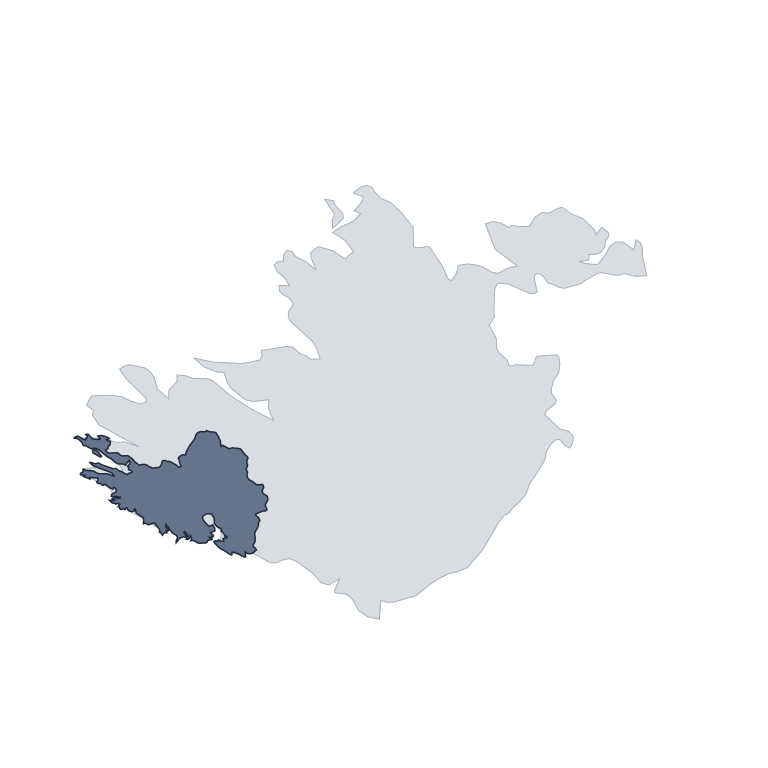 Cork highlighted on a map of Ireland, rotated 47°
{"feature_id": "IRL-78", "entity_name": "Cork", "entity_type": "County", "adm_level": 1, "iso_a3": "IRL", "parent_name": "Ireland", "parent_adm1": "", "projection": "albers", "projection_center": [-9.037, 51.912], "detail": "fine", "context": "in_parent", "style": "filled", "palette": "slate", "viewbox_px": 768, "rotation_deg": 47, "n_neighbors": 0, "source": "natural_earth", "source_scale": "10m", "svg_char_len": 9834}
<svg xmlns="http://www.w3.org/2000/svg" viewBox="0 0 768 768"><g transform="rotate(47 384 384)"><path d="M463.6,139.5L450.7,149.1L448.7,152.7L445.3,166.9L445.0,171.0L437.0,186.9L432.4,190.2L425.5,192.9L421.6,195.5L416.6,194.3L410.2,194.6L407.1,197.5L407.3,199.6L409.2,202.1L421.1,209.2L420.5,212.2L417.2,215.7L396.3,224.5L390.1,229.7L388.0,233.1L390.3,238.7L407.4,255.5L410.3,257.3L412.9,267.1L427.9,271.0L434.1,277.1L439.4,278.5L450.8,277.7L455.5,279.9L458.1,278.1L459.5,274.8L472.0,262.4L467.8,253.5L480.3,237.8L483.8,237.9L490.0,242.4L495.1,248.8L497.0,257.5L501.9,265.2L505.0,267.8L513.3,269.1L515.3,272.1L514.2,283.5L515.6,287.2L536.5,286.2L544.7,281.0L552.0,281.6L555.8,286.5L557.6,291.7L551.4,293.9L544.9,293.1L541.8,296.7L541.8,303.3L544.4,311.7L549.0,317.6L553.0,331.1L556.5,346.2L561.4,355.1L562.8,366.4L562.4,372.0L563.6,382.0L561.8,385.6L563.6,395.0L572.6,425.0L575.1,448.6L571.7,457.7L566.8,466.3L563.8,476.4L561.7,487.3L560.7,504.8L550.2,525.6L545.6,530.8L540.2,534.1L552.9,547.9L543.1,554.7L532.3,557.0L520.1,553.9L512.6,554.5L503.3,562.2L501.1,561.0L496.2,549.4L493.2,561.6L486.4,565.6L474.4,565.1L454.6,568.8L447.0,572.4L443.9,577.8L441.6,584.1L438.6,587.8L435.1,589.8L419.7,594.7L416.7,596.6L409.7,606.7L400.4,612.7L392.6,614.5L385.6,608.8L382.8,605.3L379.5,603.5L368.9,603.9L372.3,605.7L374.5,609.8L375.6,617.7L374.5,625.5L369.3,629.4L363.0,630.2L353.2,638.3L340.1,640.6L333.0,648.0L289.6,660.5L287.1,660.7L281.1,657.5L274.6,656.0L268.1,657.0L249.9,663.8L241.1,662.3L252.5,645.1L267.6,636.4L269.2,634.0L264.3,632.8L235.6,638.6L225.6,643.7L215.6,645.1L220.3,637.2L233.3,626.5L244.4,619.5L249.3,613.2L262.8,606.0L219.3,620.5L207.9,618.5L205.3,614.3L196.4,616.1L193.2,605.9L206.6,590.9L214.3,584.4L223.4,581.0L232.2,576.0L235.5,569.8L231.4,567.8L205.3,569.0L192.9,567.4L193.6,562.5L196.0,557.1L209.1,548.0L216.1,546.6L222.3,547.5L233.2,553.2L247.9,551.6L241.8,545.5L240.9,533.4L236.3,529.3L242.3,523.7L249.2,520.3L260.6,508.8L264.7,507.1L287.1,504.4L311.2,498.3L335.1,489.8L322.9,485.1L317.0,478.9L307.6,491.5L300.8,496.3L281.6,498.8L275.5,497.3L267.0,493.4L264.3,494.8L261.8,497.8L249.0,503.9L235.6,505.2L251.3,494.1L271.1,475.0L275.5,469.0L281.8,458.4L279.9,453.7L275.9,451.0L290.2,429.4L295.1,425.5L304.2,424.8L310.8,421.4L313.8,421.4L316.4,420.1L322.2,413.6L313.2,409.5L304.0,407.3L275.4,409.5L271.6,409.0L268.1,406.9L265.8,404.0L264.2,396.7L262.1,395.0L255.6,394.9L249.3,397.1L244.8,396.9L240.5,393.6L247.5,386.1L238.6,384.2L229.6,385.6L222.1,383.2L221.9,378.5L225.4,373.8L221.0,369.3L220.1,363.6L224.9,360.9L230.1,361.9L240.7,357.8L254.3,355.9L242.7,351.6L238.1,348.1L238.0,342.6L239.0,338.0L252.4,330.3L266.7,327.0L265.7,321.8L266.7,316.2L252.4,314.5L238.1,318.3L239.8,307.6L243.3,298.0L244.0,291.7L243.4,284.9L236.8,287.7L236.1,278.1L233.4,271.5L223.5,275.9L223.9,267.2L226.8,261.2L231.9,258.6L237.0,259.8L246.4,259.8L255.5,255.4L268.6,254.3L289.4,255.9L303.7,268.8L307.4,266.5L313.2,258.3L315.8,257.4L337.4,260.9L350.9,265.5L354.5,264.1L352.5,255.1L347.8,248.8L353.6,240.6L360.5,235.0L365.2,232.2L376.0,228.7L380.7,225.4L383.7,214.9L388.6,206.0L361.6,210.9L335.8,200.6L339.8,193.3L345.2,189.1L354.6,185.8L355.4,182.0L360.1,178.8L367.8,170.4L364.9,159.5L366.4,151.5L371.9,146.2L373.6,138.7L376.0,133.2L387.3,131.1L398.1,125.9L414.9,124.9L419.3,126.9L418.1,117.9L426.0,116.6L429.1,118.3L430.6,124.7L434.2,128.7L435.5,135.8L433.2,141.3L429.2,145.6L433.0,149.8L427.4,157.8L433.6,154.3L442.2,146.5L441.6,140.3L439.9,132.4L437.4,125.4L438.3,117.6L443.1,112.6L456.0,109.8L450.5,101.1L455.2,100.2L460.3,101.9L468.0,108.6L484.2,117.9L476.7,126.7L467.2,132.9L463.6,139.5ZM235.3,311.1L234.9,315.2L228.6,309.9L225.7,304.2L208.4,301.4L215.7,295.8L219.2,297.6L231.4,298.0L234.8,300.4L235.3,311.1Z" fill="#d9dde1" stroke="#a8b0b8" stroke-width="1"/><path d="M418.4,590.5L418.3,590.8L418.3,594.2L418.1,595.5L416.9,597.4L415.7,598.9L414.2,599.9L412.3,600.1L415.0,602.5L416.1,602.9L415.1,604.3L413.1,605.2L409.4,606.1L404.8,608.3L403.5,610.0L405.2,612.0L403.7,612.9L397.0,614.4L393.6,615.8L388.0,616.4L383.6,616.2L383.2,615.7L383.4,614.7L384.0,613.9L384.8,613.4L385.6,613.1L385.0,611.3L386.3,611.0L387.5,610.5L388.7,609.6L389.8,608.3L388.2,607.3L387.4,607.3L388.0,605.4L388.5,604.8L389.2,604.3L388.7,603.1L388.1,602.7L387.4,603.2L386.7,604.3L385.5,603.5L383.7,603.2L380.0,603.3L380.0,602.4L379.3,601.7L377.7,602.1L376.1,602.9L374.4,603.4L370.8,603.2L366.0,599.7L361.3,598.9L358.0,602.1L357.0,607.0L360.0,609.0L364.4,609.2L368.5,609.2L370.1,605.6L373.9,606.1L376.1,607.8L374.5,612.4L377.9,612.0L378.9,612.3L378.9,613.2L378.3,613.2L378.3,614.3L379.5,615.2L378.2,615.5L377.1,616.3L380.2,616.3L378.4,619.2L378.5,620.0L378.9,620.7L379.1,621.5L378.7,622.7L375.8,626.0L374.8,627.6L372.4,628.9L369.1,629.8L368.0,630.6L366.8,632.3L366.2,630.6L365.0,629.4L363.5,628.9L362.5,629.2L363.8,630.3L364.2,631.9L363.8,633.5L362.5,634.4L361.8,631.4L359.9,630.4L355.8,630.4L355.8,631.3L356.7,631.8L358.5,632.0L359.5,632.3L360.3,631.4L360.8,631.2L361.3,632.3L361.1,633.1L360.5,633.8L359.2,634.4L357.8,637.8L357.6,638.7L357.7,640.3L358.1,642.5L358.3,644.2L357.1,643.1L355.8,640.2L354.6,639.2L353.1,639.1L348.7,640.4L338.0,639.3L339.3,640.7L340.8,641.3L344.1,641.3L344.1,642.4L342.9,643.4L344.7,644.2L343.8,645.1L343.2,646.2L343.1,647.5L343.5,649.2L340.1,648.7L339.4,649.4L337.3,647.2L334.0,647.3L331.8,646.6L331.2,647.3L329.4,646.4L328.1,648.1L327.2,650.6L326.3,652.3L322.6,653.7L322.3,655.2L321.5,654.9L320.7,653.8L320.5,653.2L318.1,651.6L317.0,651.2L316.0,651.3L314.7,652.1L309.7,653.2L308.5,652.8L306.5,651.5L305.4,651.2L305.4,652.3L306.6,653.2L305.8,654.9L304.7,656.1L303.4,656.9L302.0,657.1L299.7,656.5L298.9,656.8L299.2,658.2L299.2,659.1L297.9,659.2L297.3,660.1L296.8,661.3L296.1,662.2L295.1,662.3L293.5,661.6L292.4,662.1L292.4,661.2L291.8,659.1L289.3,660.7L289.1,661.9L288.6,662.1L287.9,662.1L286.1,663.6L284.8,664.0L281.9,664.1L283.8,662.6L284.5,661.6L285.1,660.1L283.8,661.1L282.7,661.5L282.3,661.0L283.2,659.1L284.1,657.8L286.4,656.3L287.5,655.2L286.8,654.1L286.1,654.9L283.2,656.6L282.8,657.5L282.0,658.5L280.1,660.1L279.0,658.6L279.1,657.3L279.8,655.7L280.1,653.6L279.5,652.7L278.1,651.9L276.4,651.6L275.2,652.2L276.0,653.9L273.4,655.1L267.0,656.5L266.7,657.1L266.5,658.5L266.2,659.0L264.0,658.9L262.3,660.6L261.2,661.0L259.7,661.0L259.6,659.5L258.5,657.9L257.3,657.2L256.6,658.4L251.7,662.9L252.5,663.7L252.9,663.9L246.7,666.8L247.0,665.2L246.2,665.5L243.6,667.8L243.0,666.7L242.4,667.8L242.5,666.0L243.0,664.7L243.0,663.8L242.2,663.5L241.9,663.2L241.2,661.8L243.2,661.2L244.8,660.0L248.1,656.8L249.7,655.7L252.9,654.9L254.8,653.9L256.4,652.6L260.4,648.2L262.1,646.8L265.4,645.4L267.2,644.2L263.1,643.7L245.7,652.4L240.1,652.8L245.6,649.4L247.1,646.7L250.6,645.5L261.7,639.6L262.9,637.7L265.9,637.3L269.2,635.6L272.5,634.8L275.1,633.6L275.3,631.3L276.2,629.7L276.6,629.3L276.6,628.4L275.3,627.8L273.9,628.6L272.4,629.2L270.3,627.5L269.5,627.6L269.2,627.4L269.1,626.8L269.3,625.0L269.2,624.4L267.9,623.2L266.1,622.4L266.5,624.2L266.4,625.6L266.4,626.8L267.4,628.4L265.5,628.8L264.3,629.7L261.8,632.3L260.1,633.4L258.2,634.0L252.3,634.5L249.2,635.8L237.9,637.3L234.1,639.0L232.8,640.0L232.6,640.4L232.5,641.4L232.2,641.9L231.7,642.3L226.1,644.1L223.9,645.8L222.8,645.6L221.1,644.8L220.2,644.7L216.0,645.1L214.0,646.0L212.4,647.6L211.8,646.5L212.5,646.0L212.8,644.3L213.1,643.6L213.6,643.2L219.8,641.5L221.2,640.7L221.2,640.1L220.6,639.8L220.9,638.0L220.2,637.0L218.9,636.5L217.5,636.6L218.7,634.8L220.7,634.5L224.3,634.8L226.3,634.0L230.5,630.0L230.5,628.9L226.9,628.9L228.4,626.3L231.3,624.1L234.4,622.6L236.7,622.1L236.0,624.2L235.5,625.0L237.1,624.7L238.6,624.0L239.2,623.1L241.0,625.0L241.5,625.8L241.7,626.8L241.6,628.3L241.8,628.8L242.6,629.3L242.9,629.6L243.0,630.0L243.0,630.6L242.5,632.0L242.6,632.5L242.8,632.9L243.3,633.0L246.5,632.5L247.3,632.0L251.8,626.5L253.4,625.4L256.3,625.4L257.3,625.0L258.5,624.0L261.3,620.7L261.8,620.2L267.7,619.0L270.4,619.4L275.9,618.5L276.3,618.3L276.8,617.8L278.2,615.3L279.3,614.1L281.4,612.8L282.4,612.5L284.1,612.3L285.8,611.4L287.5,610.8L288.7,609.3L290.1,607.1L291.2,606.0L291.6,605.4L291.7,604.8L291.7,604.0L290.9,601.4L289.3,599.0L289.2,598.5L289.3,597.8L289.8,597.1L290.7,596.3L292.9,595.2L293.8,594.1L295.4,593.1L302.4,591.0L304.1,591.1L304.6,591.0L305.0,590.7L305.4,590.1L305.7,589.0L305.6,588.5L305.2,588.2L303.7,587.8L301.8,586.9L299.9,585.5L297.9,585.0L297.7,584.2L297.6,583.1L298.0,580.8L298.3,579.8L298.8,579.1L300.0,578.2L300.4,577.4L300.4,577.1L300.3,576.8L299.4,576.3L298.8,575.1L296.7,568.8L295.2,560.9L294.7,559.4L292.8,555.8L292.6,554.4L292.7,553.0L293.1,551.9L293.8,550.6L297.3,547.0L297.0,545.6L299.9,544.2L303.7,540.8L304.8,540.3L305.5,540.1L306.5,540.5L308.9,540.9L313.9,542.4L314.7,543.0L317.0,545.0L318.6,545.7L318.8,545.6L318.8,545.3L318.3,544.5L318.8,543.9L320.0,543.3L325.4,541.6L326.4,540.5L326.9,539.0L327.4,538.2L329.0,537.2L330.2,535.7L333.5,533.3L334.3,533.2L340.1,533.8L343.3,533.5L344.7,533.6L345.5,534.0L346.0,535.5L348.1,538.2L349.8,538.8L350.6,539.4L351.5,541.3L352.2,542.5L353.2,543.2L355.5,544.0L357.5,546.6L358.8,547.4L360.5,547.9L362.2,547.9L366.3,546.5L370.2,546.0L370.9,545.7L371.8,544.6L372.9,543.7L373.8,542.2L374.7,541.5L375.4,541.4L376.7,541.9L377.6,542.5L378.7,545.3L379.6,546.3L380.5,546.8L381.9,547.0L385.8,546.0L387.0,546.2L388.3,547.0L389.8,548.3L390.9,552.2L391.4,553.1L391.9,553.6L393.2,554.3L395.9,555.0L396.2,555.6L396.2,556.0L396.0,557.3L394.3,559.3L392.5,563.8L391.8,566.4L392.0,566.9L393.1,567.2L396.6,566.9L399.3,568.0L399.5,568.6L399.6,570.1L401.3,571.7L402.5,573.5L403.1,575.0L404.2,578.8L404.6,579.8L405.0,580.4L406.4,581.6L408.5,582.9L411.1,585.6L411.8,586.8L412.3,589.2L412.6,589.8L413.1,590.2L417.1,590.2L418.4,590.5ZM243.0,639.9L243.8,639.7L244.5,640.2L243.8,641.2L243.2,641.5L236.2,643.8L233.9,642.6L234.1,641.2L235.4,640.1L237.2,639.5L239.3,639.3L243.0,639.9Z" fill="#64748b" stroke="#1e293b" stroke-width="1.5"/></g></svg>